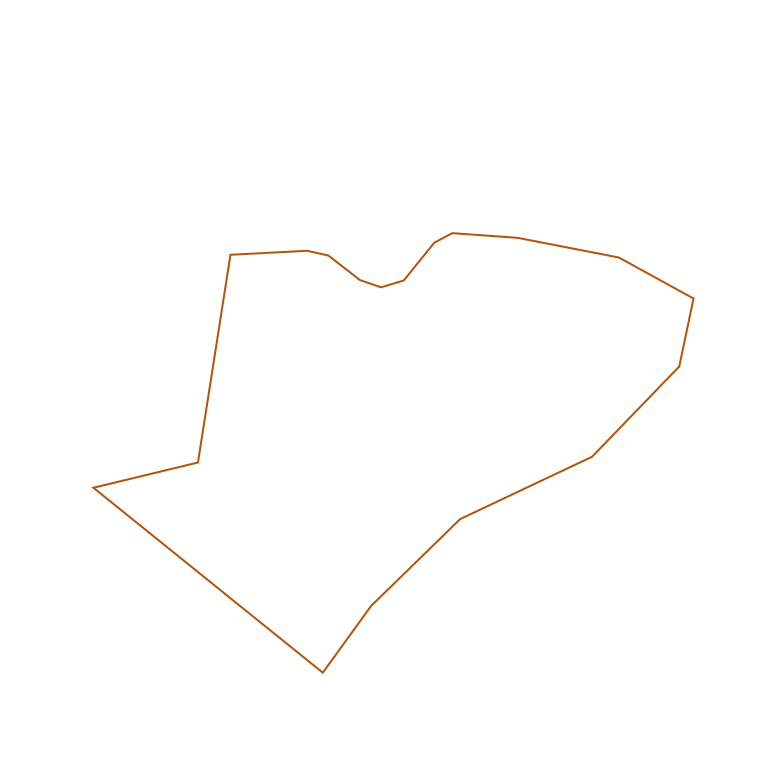 SVG path tracing the border of Vaisigano, rotated 134°
{"feature_id": "WSM-4992", "entity_name": "Vaisigano", "entity_type": "state/province", "adm_level": 1, "iso_a3": "WSM", "parent_name": "Samoa", "parent_adm1": "", "projection": "albers", "projection_center": [-172.717, -13.564], "detail": "fine", "context": "isolated", "style": "outline", "palette": "amber", "viewbox_px": 768, "rotation_deg": 134, "n_neighbors": 0, "source": "natural_earth", "source_scale": "10m", "svg_char_len": 394}
<svg xmlns="http://www.w3.org/2000/svg" viewBox="0 0 768 768"><g transform="rotate(134 384 384)"><path d="M397.7,584.2L341.7,532.0L330.2,513.2L326.0,473.6L316.6,453.4L295.8,441.7L247.3,446.0L228.0,439.6L186.1,389.5L129.9,303.0L107.5,220.7L166.3,183.8L291.7,183.8L428.3,235.4L552.7,239.1L634.2,227.5L660.5,521.0L569.7,463.3L397.7,584.2Z" fill="none" stroke="#b45309" stroke-width="2"/></g></svg>